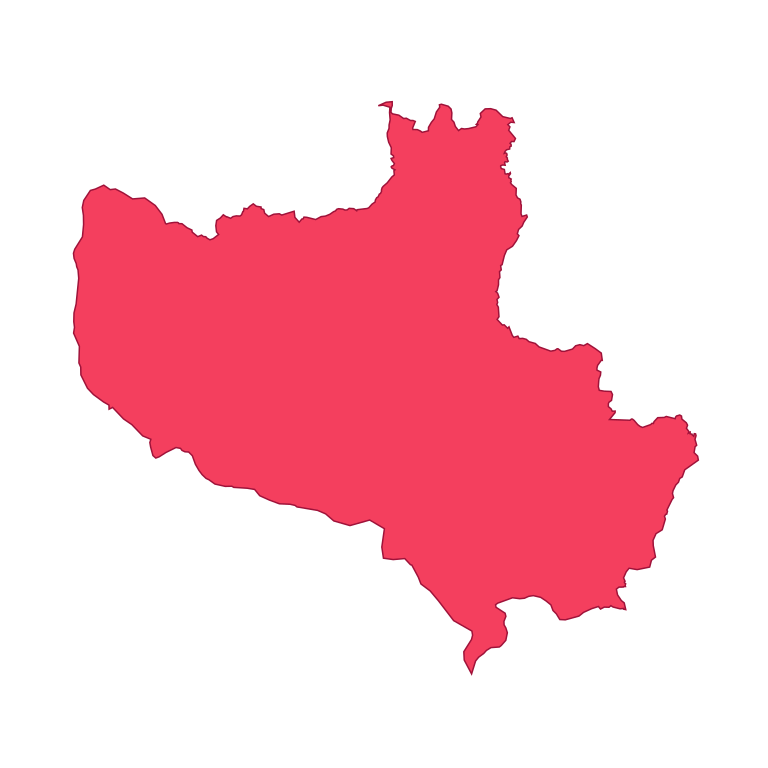 outline of Myingyan, Mandalay, Myanmar, rotated 274°
{"feature_id": "60261553B69002423633875", "entity_name": "Myingyan", "entity_type": "district", "adm_level": 2, "iso_a3": "MMR", "parent_name": "Myanmar", "parent_adm1": "Mandalay", "projection": "albers", "projection_center": [95.599, 21.47], "detail": "fine", "context": "isolated", "style": "filled", "palette": "rose", "viewbox_px": 768, "rotation_deg": 274, "n_neighbors": 0, "source": "geoboundaries", "source_scale": "gbopen_adm2", "svg_char_len": 6144}
<svg xmlns="http://www.w3.org/2000/svg" viewBox="0 0 768 768"><g transform="rotate(274 384 384)"><path d="M100.9,491.6L114.1,494.7L118.1,497.5L122.3,502.4L125.4,504.8L128.5,509.1L129.7,517.4L131.3,519.2L136.8,523.4L144.5,524.4L149.1,522.6L152.1,520.6L155.5,520.2L160.7,521.8L163.8,520.8L169.1,511.3L171.6,510.7L173.3,512.7L179.7,527.1L179.3,534.4L180.1,539.1L182.3,543.2L183.3,547.7L182.1,555.2L178.9,560.8L175.3,565.9L169.8,568.4L166.7,572.0L161.3,575.8L161.4,581.3L166.1,594.7L170.1,599.0L174.4,606.9L177.0,613.4L174.6,615.7L176.8,619.3L177.0,624.1L178.7,625.8L177.5,628.0L176.2,635.2L176.8,638.6L176.1,638.7L175.8,640.9L182.4,638.9L184.5,635.9L189.9,631.7L195.6,630.1L197.8,632.6L198.1,636.8L198.5,636.9L198.8,639.0L199.7,638.6L201.6,639.0L202.5,637.7L203.9,637.8L204.1,638.2L207.3,636.5L213.5,638.7L217.3,641.3L216.5,649.5L219.9,661.8L226.9,663.1L230.3,666.9L241.5,663.9L246.8,663.3L253.7,665.8L258.0,671.7L268.9,674.1L271.7,673.0L273.7,674.2L273.9,675.1L276.9,675.7L278.0,675.0L289.0,679.5L290.8,680.8L294.9,679.4L297.8,679.8L303.6,682.1L306.6,684.6L310.4,685.6L312.1,688.0L319.4,690.0L330.0,702.9L333.9,701.9L337.2,698.1L343.1,698.7L344.7,700.2L350.5,698.1L354.2,698.9L356.0,698.3L356.1,697.0L353.5,696.6L354.9,694.8L355.4,694.8L355.7,692.8L357.3,692.8L356.2,691.0L357.8,691.5L360.9,688.8L364.1,689.7L366.4,688.3L369.8,683.6L372.8,683.0L373.7,681.2L372.5,678.0L371.4,677.2L369.7,676.9L371.3,667.8L370.2,665.9L369.5,659.4L365.3,656.0L363.4,655.5L363.5,654.1L362.1,652.8L358.7,645.0L359.6,642.3L361.2,639.9L365.1,636.1L366.3,634.3L366.3,633.3L365.0,631.9L364.3,611.4L371.5,616.5L373.1,616.5L372.8,613.6L375.1,612.2L377.1,609.4L380.1,609.2L381.5,609.7L383.5,612.1L389.4,612.7L392.4,611.0L392.2,604.3L392.7,599.2L396.2,598.0L401.9,598.0L404.3,598.1L407.8,599.3L411.1,599.4L412.7,595.5L414.6,595.3L417.5,595.8L422.8,599.1L422.8,600.1L430.0,598.6L434.1,592.1L438.5,584.1L436.2,580.6L436.9,576.6L435.5,572.5L432.0,569.6L429.2,562.0L429.0,558.8L431.3,555.1L431.2,554.2L429.5,552.2L428.4,548.1L431.8,536.1L435.0,532.1L436.3,525.7L438.5,522.8L439.2,519.2L438.7,515.7L441.1,514.2L439.6,510.2L441.4,508.6L449.7,504.7L448.2,503.5L451.4,499.8L451.1,497.9L456.3,492.3L459.1,494.0L468.6,492.7L471.2,491.0L473.2,491.7L476.2,490.8L478.6,492.7L482.5,491.0L484.0,489.1L485.0,490.3L490.9,491.3L496.0,491.0L498.2,492.2L504.2,491.4L506.0,493.0L510.3,492.1L511.3,493.5L520.5,495.1L526.4,497.1L530.4,502.6L536.2,506.1L541.4,508.3L543.1,506.5L547.6,507.5L551.2,510.8L555.0,512.1L560.6,515.3L562.5,514.5L560.8,510.0L563.4,508.8L572.1,508.5L573.3,507.8L575.3,507.8L577.8,506.8L579.0,504.2L581.8,502.5L588.4,502.3L591.8,497.6L593.5,496.1L594.7,496.8L596.2,496.3L597.3,496.6L598.5,494.1L600.1,493.9L602.6,495.5L603.7,495.2L601.9,493.6L602.5,492.9L601.9,491.2L602.2,490.1L606.4,489.1L607.1,486.0L608.8,485.2L609.9,485.2L610.8,487.1L610.7,489.6L613.3,488.8L614.2,489.3L614.1,491.4L614.9,492.4L616.9,491.3L618.1,491.3L619.1,490.1L621.0,490.8L622.6,490.3L623.0,489.1L622.5,487.9L624.4,488.5L626.2,489.9L627.2,493.0L629.3,492.9L630.2,494.3L632.0,494.0L632.9,492.9L634.8,494.3L634.9,496.8L638.1,498.0L645.8,490.7L649.3,491.7L651.4,489.4L654.0,492.2L653.9,495.6L658.5,493.2L657.7,491.5L659.0,483.8L665.0,476.7L666.1,471.2L665.5,465.7L660.6,461.2L657.1,462.1L651.9,459.2L650.6,459.1L649.5,458.0L649.2,459.5L647.0,457.7L644.7,450.5L644.0,446.5L644.3,443.5L642.0,440.7L645.9,437.2L650.1,435.5L652.6,432.9L659.1,432.8L663.0,431.7L665.6,428.7L667.1,421.7L666.4,419.8L664.0,420.3L659.1,417.3L652.0,415.6L648.3,413.0L643.2,410.5L639.7,410.6L637.7,404.5L638.9,402.7L640.1,399.5L639.9,395.1L641.4,394.7L648.1,396.9L648.9,394.5L648.7,392.1L650.7,387.7L650.2,385.1L653.2,380.1L654.1,373.6L655.5,372.0L659.4,372.0L662.3,372.8L666.2,372.5L665.2,366.4L661.2,358.9L662.1,363.6L660.5,370.6L655.1,370.6L647.9,371.7L642.8,371.0L639.4,371.2L634.6,369.7L631.0,370.1L625.5,371.8L620.2,374.8L613.9,375.0L612.3,377.5L610.5,377.9L609.5,375.3L607.5,376.4L604.6,379.0L602.6,378.2L602.1,376.8L601.1,376.0L599.8,376.9L598.4,380.0L597.5,379.0L593.3,379.7L591.0,377.3L584.9,373.2L581.1,369.4L579.6,368.4L577.2,367.9L576.0,368.1L573.8,367.2L573.1,366.1L570.3,365.1L569.3,363.7L567.0,362.6L564.9,362.4L562.6,359.5L558.7,356.5L557.9,354.9L556.0,345.0L554.9,344.7L556.8,341.6L556.8,337.0L555.1,335.1L554.8,332.9L555.6,330.8L555.7,326.4L555.0,324.7L553.3,323.5L552.4,321.7L549.5,318.1L547.4,313.8L546.6,309.6L543.3,304.4L544.9,295.3L544.9,292.5L543.1,291.8L542.9,290.6L539.5,288.1L544.0,283.5L550.1,282.3L545.4,270.2L546.5,267.7L545.7,262.2L543.0,257.2L546.1,253.0L549.6,251.9L550.4,249.2L552.0,249.0L552.4,244.3L554.6,241.0L551.8,237.6L549.2,235.5L549.5,232.1L546.4,231.7L546.0,231.1L542.8,230.1L541.5,228.6L541.4,224.9L540.5,221.7L538.6,219.4L539.9,215.5L539.7,215.2L541.6,211.9L538.2,209.2L535.5,205.6L530.2,205.2L524.1,206.3L521.6,208.6L517.0,203.4L515.7,200.3L517.0,197.5L518.5,195.9L518.5,193.5L519.8,191.6L518.0,187.9L522.1,182.1L524.2,181.6L526.1,176.7L529.8,171.3L529.7,168.1L530.4,167.7L530.8,166.7L530.6,163.7L529.6,158.9L528.4,155.6L529.0,154.8L537.8,150.7L546.1,143.4L552.9,132.3L551.1,120.3L556.3,110.6L559.8,102.5L558.8,97.3L562.8,90.6L558.3,82.4L556.6,77.6L546.2,71.7L539.0,70.7L531.3,72.4L522.1,73.2L509.7,72.9L496.9,66.1L492.8,65.1L487.6,66.1L482.6,68.6L479.5,69.3L476.5,70.8L468.1,72.1L442.3,71.3L433.3,69.8L424.5,70.2L418.9,71.3L413.1,70.8L400.3,77.5L383.7,78.2L379.7,80.3L371.9,81.0L359.1,88.5L353.2,94.9L346.5,105.5L343.8,111.1L339.7,111.5L341.7,114.9L331.0,126.6L325.9,135.3L315.4,146.9L312.6,155.3L309.3,154.5L304.8,155.6L296.5,158.5L294.2,161.5L295.7,164.8L300.5,171.3L306.1,180.9L305.6,185.5L303.7,187.1L302.5,190.1L302.5,193.9L299.1,197.8L290.7,201.5L284.8,205.5L280.9,208.9L277.4,213.1L276.3,216.0L272.4,222.3L270.8,232.8L271.4,239.4L270.4,241.3L270.5,254.7L269.8,262.3L263.9,267.8L260.1,278.1L257.2,288.0L257.5,298.6L256.7,303.7L255.3,305.8L253.3,326.5L250.4,334.8L243.9,343.5L240.4,359.9L247.3,379.2L239.7,394.5L221.2,393.2L210.2,395.6L209.5,405.4L211.3,416.9L205.6,423.0L205.3,424.4L193.7,431.7L187.1,434.8L180.8,444.5L171.6,453.4L152.8,470.0L143.7,488.9L139.6,489.9L135.2,489.1L122.5,482.3L114.2,483.3L100.9,491.6Z" fill="#f43f5e" stroke="#9f1239" stroke-width="1.5"/></g></svg>